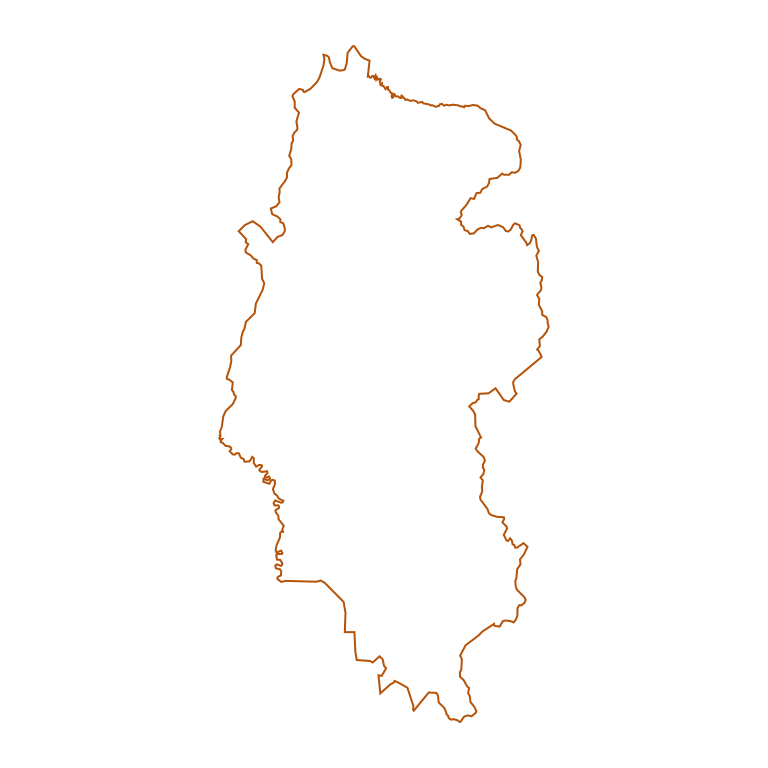 Azangaro, Puno, Peru (Robinson projection)
{"feature_id": "86281439B39141147012266", "entity_name": "Azangaro", "entity_type": "district", "adm_level": 2, "iso_a3": "PER", "parent_name": "Peru", "parent_adm1": "Puno", "projection": "robinson", "projection_center": [-70.147, -14.836], "detail": "fine", "context": "isolated", "style": "outline", "palette": "amber", "viewbox_px": 768, "rotation_deg": 0, "n_neighbors": 0, "source": "geoboundaries", "source_scale": "gbopen_adm2", "svg_char_len": 6060}
<svg xmlns="http://www.w3.org/2000/svg" viewBox="0 0 768 768"><path d="M520.7,144.9L518.8,141.0L516.8,139.6L516.9,137.2L515.9,135.4L511.1,130.6L494.7,123.7L489.1,118.4L485.1,110.2L480.5,108.2L477.5,105.6L472.9,105.0L468.3,106.2L465.2,105.7L464.1,107.3L462.6,106.3L461.4,106.7L458.0,105.3L452.8,104.7L449.3,105.4L446.2,104.7L444.2,105.8L441.8,103.8L439.7,104.4L439.3,105.8L435.7,106.8L432.0,105.1L430.7,105.5L428.8,104.3L423.5,103.4L422.3,102.0L417.8,102.8L416.2,101.2L413.2,100.3L410.3,100.9L406.9,99.4L405.3,99.9L403.9,97.6L402.4,97.7L402.5,96.2L401.5,95.6L401.0,97.5L400.2,98.0L398.0,96.4L396.0,96.5L394.5,94.4L393.1,97.4L392.2,97.8L391.5,95.9L392.6,93.6L390.7,92.7L389.1,90.0L387.8,89.4L388.0,87.1L387.1,87.0L385.4,89.1L383.5,86.0L381.9,85.7L381.9,83.4L380.5,84.6L379.8,81.5L380.9,79.3L379.5,78.7L378.0,79.6L377.0,77.4L376.2,79.2L375.5,75.4L374.5,77.0L375.1,78.3L374.6,78.9L373.4,76.1L372.2,76.0L370.9,77.7L369.6,77.5L368.7,76.0L367.8,76.4L369.6,60.6L364.7,58.8L361.1,56.2L354.1,46.1L352.6,46.4L347.6,52.8L346.7,63.4L344.8,69.5L343.4,70.1L339.8,70.7L332.3,68.1L329.9,62.4L328.9,57.4L327.2,55.8L323.5,54.8L324.4,59.2L323.5,65.5L319.3,78.0L316.7,82.4L310.4,88.8L304.6,92.1L303.7,91.9L302.9,89.9L299.2,88.9L293.2,94.3L292.4,96.4L294.7,101.4L294.7,107.8L299.0,112.6L296.4,121.4L297.5,128.1L296.8,130.3L294.5,132.4L292.7,136.0L293.1,140.7L291.6,143.3L291.3,148.8L289.2,155.8L291.2,159.1L291.5,165.0L288.8,168.6L287.0,172.7L287.0,177.3L285.3,180.7L279.4,188.6L279.7,192.1L278.6,197.2L279.5,202.2L276.3,206.3L270.8,208.5L272.2,214.2L277.4,216.5L280.3,219.3L280.3,222.1L283.3,223.3L284.9,228.8L284.7,231.3L282.4,235.0L277.6,236.9L272.8,242.1L260.5,226.7L252.7,221.2L244.9,225.1L238.7,231.2L246.2,239.2L245.7,242.2L248.3,244.2L245.4,249.7L245.8,252.5L250.8,255.4L253.4,258.5L256.8,260.1L256.8,262.9L258.6,263.2L261.2,265.5L262.1,278.9L264.3,283.2L262.5,290.2L255.9,303.5L254.7,313.2L245.9,321.8L244.5,328.6L242.8,331.8L241.3,337.6L240.8,345.1L231.1,355.6L231.3,360.9L230.2,366.8L226.6,377.6L227.1,379.1L228.9,379.4L232.8,382.4L231.9,390.0L233.4,391.8L234.1,394.7L235.7,396.1L235.8,397.9L232.6,404.3L225.7,411.0L223.3,416.3L221.7,427.4L219.9,431.6L220.4,434.6L219.7,435.4L220.5,436.3L219.3,438.1L219.8,439.2L222.3,439.0L220.8,440.8L220.8,442.2L222.9,443.0L225.5,445.9L229.4,446.4L231.1,447.8L231.3,449.0L229.7,451.3L232.7,454.3L234.4,454.7L236.5,453.2L238.8,453.2L240.8,457.7L243.7,459.1L244.2,461.4L245.1,461.8L249.6,461.3L252.3,456.9L253.8,458.2L253.8,463.0L256.2,466.7L259.2,464.9L261.9,465.3L262.1,466.4L259.3,469.7L259.6,470.7L261.6,472.0L267.2,471.3L267.5,473.1L265.0,475.8L264.8,477.1L266.8,477.5L269.0,476.5L270.0,478.3L269.5,479.5L267.8,480.2L263.5,478.9L263.4,481.8L269.4,483.8L271.2,480.4L272.7,479.8L274.8,480.6L275.0,484.1L272.9,489.1L274.4,493.5L277.2,495.8L278.8,498.5L283.4,500.8L282.5,502.5L281.2,502.7L275.1,500.5L273.6,503.2L274.5,505.4L278.2,505.4L279.0,506.1L278.9,508.1L275.6,510.1L275.5,511.6L278.3,515.9L278.6,519.2L283.7,525.7L282.0,530.7L283.8,532.1L281.5,531.6L280.1,533.0L280.0,537.3L276.5,545.5L275.6,550.1L276.5,552.6L281.1,550.6L282.5,553.0L281.9,554.0L278.1,553.9L276.2,555.2L277.0,559.6L280.2,559.9L282.4,563.4L282.0,565.1L280.8,565.9L276.9,564.3L275.2,565.6L275.9,568.3L280.0,569.3L281.2,571.2L281.0,575.4L277.8,576.9L277.3,578.8L281.1,581.9L285.7,580.9L316.4,581.7L320.8,580.6L324.7,582.8L343.6,601.9L345.5,612.9L344.8,632.1L354.4,632.1L355.4,652.2L356.8,660.1L369.7,660.9L372.7,662.5L379.6,656.3L382.7,659.4L384.0,665.8L386.1,668.2L381.7,675.9L378.5,675.3L380.3,693.4L390.1,684.6L393.9,682.4L394.5,680.9L398.9,682.9L407.4,687.7L413.3,705.7L413.1,709.5L413.8,710.7L428.7,692.5L436.3,692.9L438.0,695.7L438.7,702.5L444.2,707.8L446.3,712.5L446.4,714.2L448.0,715.7L448.9,718.3L451.2,719.7L453.5,719.1L457.6,720.3L459.5,721.9L460.5,721.8L463.8,717.0L465.6,716.0L468.2,715.4L471.6,716.3L475.8,712.7L476.3,711.1L474.5,707.1L470.5,702.1L469.7,695.9L468.1,693.2L469.1,688.1L467.1,686.4L463.6,680.0L460.1,676.8L459.9,672.1L461.3,669.7L461.9,659.3L460.1,655.7L465.6,645.3L478.7,635.3L482.4,631.5L494.0,623.9L494.1,625.2L495.1,626.0L499.6,626.6L502.9,621.1L505.2,620.5L510.3,621.0L513.6,622.4L515.9,619.5L517.4,615.7L517.5,608.2L519.3,605.1L521.4,605.4L524.5,602.8L525.7,599.9L524.4,597.2L516.9,589.7L515.7,586.2L515.3,581.0L516.4,578.2L517.1,569.4L520.5,564.3L520.0,559.4L523.9,554.5L527.5,546.8L523.5,543.1L517.2,547.6L515.4,547.8L514.2,544.9L512.6,544.4L511.9,540.7L510.2,538.3L508.0,541.0L506.4,540.3L503.8,534.8L507.1,528.4L506.5,526.5L502.5,522.5L504.2,518.8L503.9,517.3L496.8,516.8L490.7,514.8L488.7,512.7L487.5,509.0L480.5,499.6L480.0,496.8L482.3,491.3L481.9,486.7L482.8,480.3L480.5,477.4L483.4,474.0L484.3,470.0L482.9,467.5L482.9,464.7L485.0,460.7L483.6,457.0L477.1,450.9L475.7,448.6L478.7,443.0L479.1,438.9L481.0,437.5L475.5,426.3L475.1,414.6L473.3,410.9L469.2,406.4L472.6,403.2L475.9,402.2L477.2,400.0L478.8,399.0L478.5,396.9L479.2,393.8L488.6,393.3L495.5,388.3L503.8,400.0L509.3,401.7L516.6,393.7L514.9,391.3L513.2,383.9L513.2,381.9L515.0,379.1L541.7,356.9L538.9,351.2L537.2,349.5L539.9,346.0L539.3,339.4L542.8,336.5L546.7,331.5L548.7,326.6L547.6,323.0L547.6,320.3L546.2,317.0L542.2,314.9L542.2,311.3L538.8,304.8L539.3,298.9L537.0,295.0L541.1,289.8L541.4,287.3L540.3,282.7L541.8,280.3L542.2,276.9L539.6,275.2L537.8,271.7L538.1,262.0L536.3,255.6L538.9,250.9L536.9,246.8L535.9,238.5L533.6,234.9L532.6,235.0L531.9,236.3L531.4,239.7L529.8,243.2L527.2,245.1L526.3,242.7L520.8,235.1L522.6,231.5L522.3,230.3L520.1,227.6L519.5,225.2L515.0,223.3L513.4,224.6L510.7,229.6L508.2,231.5L505.9,231.1L503.2,227.3L497.9,225.0L491.3,227.4L488.0,225.8L483.8,228.2L480.9,227.9L477.3,229.6L474.0,233.3L469.8,233.9L467.8,231.1L464.6,230.2L463.4,226.5L461.1,224.8L461.1,221.6L457.1,219.2L459.2,218.6L460.8,216.7L461.8,214.7L460.8,212.8L461.2,210.9L466.6,204.7L470.5,198.2L474.0,198.9L476.6,193.0L480.3,192.8L482.2,189.1L487.2,186.5L489.0,183.0L489.5,179.0L497.2,177.9L502.2,173.6L503.9,174.7L509.0,174.8L511.8,172.2L514.9,172.8L518.1,171.1L520.1,168.0L520.5,165.2L520.8,159.6L519.1,151.1L520.7,144.9Z" fill="none" stroke="#b45309" stroke-width="2"/></svg>